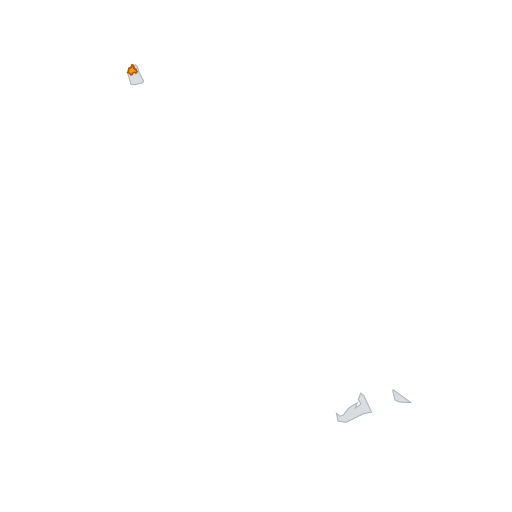 location of Leimatu'a, Vava'u, Tonga, rotated 304°
{"feature_id": "48082658B84329148637899", "entity_name": "Leimatu'a", "entity_type": "district", "adm_level": 2, "iso_a3": "TON", "parent_name": "Tonga", "parent_adm1": "Vava'u", "projection": "robinson", "projection_center": [-173.972, -18.596], "detail": "fine", "context": "in_parent", "style": "filled", "palette": "amber", "viewbox_px": 512, "rotation_deg": 304, "n_neighbors": 0, "source": "geoboundaries", "source_scale": "gbopen_adm2", "svg_char_len": 2138}
<svg xmlns="http://www.w3.org/2000/svg" viewBox="0 0 512 512"><g transform="rotate(304 256 256)"><path d="M190.4,425.4L192.2,425.4L194.1,421.1L200.9,419.5L200.2,424.1L191.1,439.1L185.3,433.3L168.5,423.7L165.0,416.3L170.6,410.6L170.1,415.2L172.9,417.2L182.3,418.0L190.9,422.0L185.6,423.4L190.4,425.4ZM342.9,56.4L338.2,65.1L335.9,64.9L330.3,59.9L328.3,56.5L336.7,46.4L341.1,45.6L347.0,49.0L346.7,51.9L342.9,56.4ZM221.8,444.5L221.1,466.4L215.0,456.3L214.3,451.7L220.5,444.9L221.8,444.5Z" fill="#d9dde1" stroke="#a8b0b8" stroke-width="1"/><path d="M342.2,54.5L342.3,54.5L342.4,54.3L342.5,54.2L342.6,53.9L342.6,53.7L342.7,53.2L342.8,53.1L343.2,52.9L343.3,52.8L343.5,52.7L343.7,52.2L343.8,51.8L343.6,51.7L343.3,51.5L343.1,51.4L343.1,51.2L343.3,50.9L343.2,50.7L343.1,50.1L343.2,49.8L343.3,49.8L343.6,49.9L343.8,49.8L343.9,49.7L344.0,49.3L344.3,49.6L344.7,48.7L345.2,48.0L345.4,47.3L345.7,46.8L345.6,46.6L345.2,46.4L345.0,46.5L344.9,46.6L344.9,47.0L344.7,47.0L344.5,46.9L344.4,46.8L344.2,46.8L344.2,46.6L344.0,46.8L343.9,47.0L343.7,47.1L343.6,46.9L343.4,46.9L343.3,46.7L343.3,46.8L343.2,46.8L343.1,46.7L342.9,46.7L342.8,46.8L342.8,47.0L342.7,47.2L342.1,47.1L341.9,47.0L341.7,46.8L341.6,46.7L341.3,46.6L341.3,46.4L341.2,46.3L341.2,46.2L340.9,46.2L340.6,45.9L340.5,45.6L340.4,45.6L340.2,45.7L340.1,45.8L339.9,45.8L339.7,45.9L339.6,46.0L339.4,46.2L339.2,46.2L339.1,46.3L338.9,46.5L338.7,46.6L338.3,46.8L338.2,46.9L338.0,47.0L337.9,47.1L337.7,47.2L337.3,47.3L337.2,47.3L336.8,47.3L336.7,47.2L336.5,46.9L336.4,46.9L336.4,47.1L336.5,47.1L336.6,47.4L336.6,47.5L336.7,47.8L336.7,48.4L336.7,48.7L336.7,48.9L336.7,49.1L336.7,49.3L336.7,49.5L336.6,49.9L336.6,50.0L336.4,50.2L336.4,50.3L336.4,50.5L336.2,50.8L336.1,51.0L336.3,51.1L337.0,51.4L337.0,51.7L337.0,51.8L337.5,52.0L337.7,51.8L337.8,51.7L338.0,51.5L338.1,51.4L338.3,51.4L338.4,51.5L338.5,51.6L338.9,51.6L339.0,51.6L339.4,51.7L339.5,51.8L339.7,52.0L339.8,52.0L340.0,52.2L340.0,52.3L340.4,52.6L340.5,52.8L340.6,53.0L340.7,53.3L340.7,53.6L340.5,53.8L340.4,53.9L340.3,54.2L340.5,54.2L341.2,54.2L341.7,54.2L341.8,54.3L342.0,54.4L342.2,54.5Z" fill="#f59e0b" stroke="#b45309" stroke-width="1.5"/></g></svg>